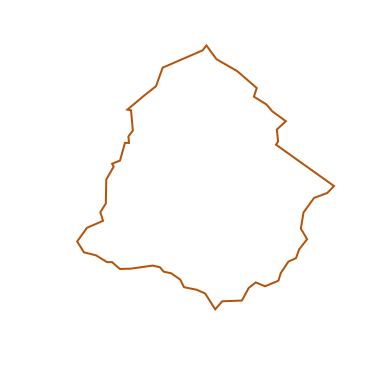 Washington, Georgia, United States of America (Mercator projection), rotated 238°
{"feature_id": "52423323B31075170067168", "entity_name": "Washington", "entity_type": "district", "adm_level": 2, "iso_a3": "USA", "parent_name": "United States of America", "parent_adm1": "Georgia", "projection": "mercator", "projection_center": [-82.811, 32.997], "detail": "fine", "context": "isolated", "style": "outline", "palette": "amber", "viewbox_px": 384, "rotation_deg": 238, "n_neighbors": 0, "source": "geoboundaries", "source_scale": "gbopen_adm2", "svg_char_len": 901}
<svg xmlns="http://www.w3.org/2000/svg" viewBox="0 0 384 384"><g transform="rotate(238 192 192)"><path d="M248.1,126.0L227.9,112.8L223.5,103.6L214.7,101.3L217.3,84.0L210.9,68.4L198.1,68.4L189.2,77.0L177.5,82.8L174.9,87.1L165.0,90.0L159.5,99.3L150.4,119.7L145.2,124.9L139.4,125.8L134.2,131.2L123.9,135.6L115.5,134.8L106.5,144.3L98.9,149.4L80.2,149.5L83.3,159.7L73.5,176.8L80.6,189.3L81.5,198.2L73.3,204.0L71.0,218.3L76.2,224.3L81.9,237.0L80.8,245.2L86.6,252.5L91.0,264.6L103.3,264.9L115.6,275.8L122.3,292.4L119.5,306.3L121.8,315.6L125.4,314.1L187.6,288.3L189.4,291.9L200.0,297.0L202.3,309.1L217.6,302.9L226.8,301.5L240.0,295.0L245.9,302.0L270.5,294.4L291.7,283.1L308.7,281.9L306.5,276.1L313.0,233.0L300.8,217.6L299.2,203.0L296.1,180.9L293.6,183.6L275.5,174.4L272.8,167.5L267.0,164.6L269.2,161.2L256.8,147.6L258.3,139.2L255.0,139.0L248.1,126.0Z" fill="none" stroke="#b45309" stroke-width="2"/></g></svg>